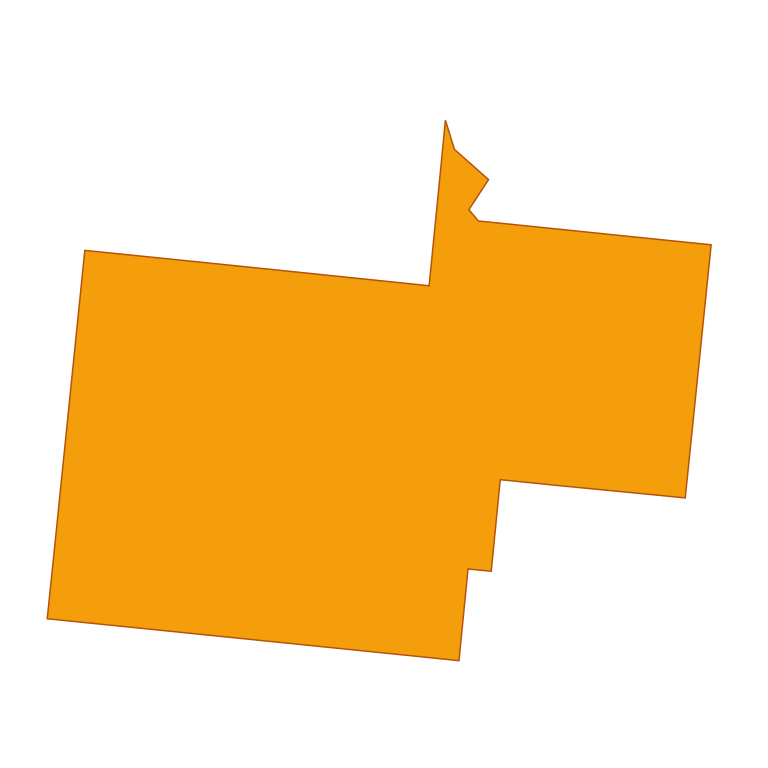 Montgomery, Mississippi, United States of America (orthographic projection), rotated 276°
{"feature_id": "52423323B94631767050196", "entity_name": "Montgomery", "entity_type": "district", "adm_level": 2, "iso_a3": "USA", "parent_name": "United States of America", "parent_adm1": "Mississippi", "projection": "orthographic", "projection_center": [-89.583, 33.482], "detail": "fine", "context": "isolated", "style": "filled", "palette": "amber", "viewbox_px": 768, "rotation_deg": 276, "n_neighbors": 0, "source": "geoboundaries", "source_scale": "gbopen_adm2", "svg_char_len": 407}
<svg xmlns="http://www.w3.org/2000/svg" viewBox="0 0 768 768"><g transform="rotate(276 384 384)"><path d="M115.3,73.6L116.7,487.5L208.8,486.9L209.0,510.2L230.8,510.1L301.0,509.6L301.2,567.0L302.2,695.5L556.6,694.8L556.0,460.8L566.2,450.2L598.2,466.6L624.6,429.6L652.7,417.5L604.1,417.9L486.4,418.6L486.1,233.5L485.6,72.5L184.8,73.5L115.3,73.6Z" fill="#f59e0b" stroke="#b45309" stroke-width="1.5"/></g></svg>